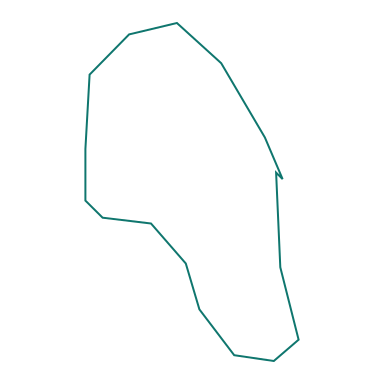 the Municipality of Šuto Orizari
{"feature_id": "MKD-5883", "entity_name": "Šuto Orizari", "entity_type": "Municipality", "adm_level": 1, "iso_a3": "MKD", "parent_name": "North Macedonia", "parent_adm1": "", "projection": "equal_earth", "projection_center": [21.409, 42.03], "detail": "fine", "context": "isolated", "style": "outline", "palette": "teal", "viewbox_px": 384, "rotation_deg": 0, "n_neighbors": 0, "source": "natural_earth", "source_scale": "10m", "svg_char_len": 336}
<svg xmlns="http://www.w3.org/2000/svg" viewBox="0 0 384 384"><path d="M282.6,179.1L276.1,172.6L280.3,267.3L298.6,339.7L273.8,361.0L234.2,355.2L199.4,309.4L185.8,263.5L151.0,223.5L102.6,217.7L85.4,200.6L85.4,149.0L89.6,74.6L129.1,34.4L176.9,23.0L221.2,63.2L264.9,137.5L282.6,179.1Z" fill="none" stroke="#0f766e" stroke-width="2"/></svg>